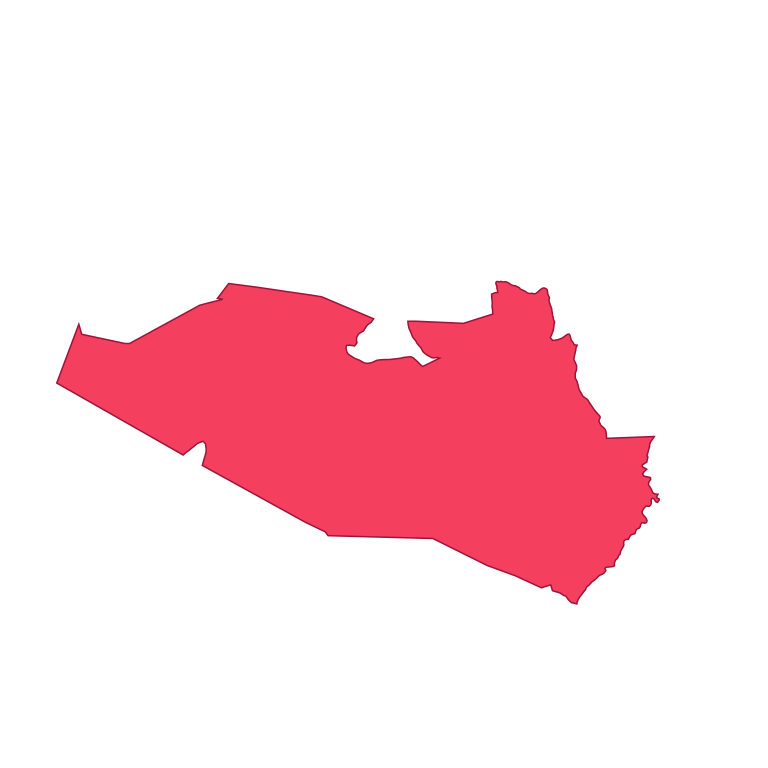 Santa Lucía Monteverde, Oaxaca, Mexico (orthographic projection), rotated 28°
{"feature_id": "50627088B70845005155538", "entity_name": "Santa Lucía Monteverde", "entity_type": "district", "adm_level": 2, "iso_a3": "MEX", "parent_name": "Mexico", "parent_adm1": "Oaxaca", "projection": "orthographic", "projection_center": [-97.707, 16.955], "detail": "fine", "context": "isolated", "style": "filled", "palette": "rose", "viewbox_px": 768, "rotation_deg": 28, "n_neighbors": 0, "source": "geoboundaries", "source_scale": "gbopen_adm2", "svg_char_len": 5195}
<svg xmlns="http://www.w3.org/2000/svg" viewBox="0 0 768 768"><g transform="rotate(28 384 384)"><path d="M677.7,352.7L675.5,353.7L673.7,354.0L672.2,353.7L670.8,352.6L669.9,351.8L668.3,350.7L666.9,349.9L664.9,349.0L663.9,346.5L664.2,342.9L663.2,341.6L661.8,341.8L658.3,343.0L656.3,343.2L654.7,342.1L654.7,339.7L655.3,338.1L656.0,335.9L651.7,335.8L650.6,335.5L650.3,334.8L650.1,333.9L650.8,332.8L651.6,331.4L652.7,329.7L651.9,326.8L651.3,324.6L649.9,323.9L649.5,322.6L649.2,320.5L648.8,319.3L648.6,317.9L648.3,316.9L648.0,315.0L647.1,313.1L646.8,311.7L646.6,309.7L647.0,306.7L647.2,305.4L647.3,303.5L606.0,327.5L604.0,324.2L602.2,321.6L600.2,320.1L598.1,319.4L596.6,319.1L594.7,318.6L592.8,317.1L591.1,315.8L590.9,314.6L590.7,313.0L590.5,312.0L589.8,311.1L583.6,308.9L580.5,307.4L576.4,305.2L573.6,303.7L570.9,302.1L568.5,301.9L565.2,301.4L562.3,299.4L558.9,297.4L555.7,293.7L553.0,290.9L550.1,289.0L547.7,284.5L547.4,281.3L545.6,277.6L542.5,275.0L540.1,273.3L538.8,269.1L537.5,264.4L536.6,262.0L536.3,259.0L533.7,260.1L531.2,258.5L528.6,257.3L525.7,254.1L524.4,253.1L524.0,253.1L523.6,253.3L522.6,254.1L519.7,259.9L516.8,263.2L512.5,266.4L509.0,264.9L508.8,261.2L508.3,257.3L507.5,254.8L507.2,254.1L506.0,251.0L505.8,250.0L505.1,248.8L503.9,248.0L502.9,246.9L502.2,245.7L501.1,244.9L500.2,243.6L499.2,242.2L498.3,241.1L497.4,239.9L496.6,238.7L495.4,237.6L494.4,236.7L493.2,235.8L492.4,234.7L491.3,234.0L490.6,232.8L489.9,231.6L489.6,230.1L488.5,229.3L487.2,228.4L486.2,227.4L485.4,226.2L484.4,225.0L483.6,224.0L482.1,223.8L480.7,223.9L479.3,224.6L478.5,226.0L477.8,227.1L477.2,228.6L476.8,230.1L476.1,231.6L475.4,233.1L474.2,233.9L472.7,234.2L471.5,234.8L470.2,235.6L468.8,236.2L467.2,236.2L465.7,235.9L464.2,235.9L462.7,236.0L461.2,236.1L459.7,236.1L458.4,235.5L456.8,235.5L455.4,235.6L453.8,235.6L452.6,236.1L451.0,236.5L449.7,236.8L448.3,236.5L446.8,236.3L445.1,236.3L443.5,236.5L442.0,237.5L440.6,238.2L439.0,238.5L437.9,239.7L436.5,240.0L435.3,240.7L435.2,242.1L436.0,243.2L437.1,244.2L438.1,245.2L438.8,246.6L439.8,247.6L440.8,248.8L441.5,249.9L440.1,250.5L439.0,251.5L436.8,254.1L437.6,255.5L439.6,258.7L441.5,261.5L443.0,264.9L445.0,267.5L447.2,271.2L425.6,293.2L410.6,300.3L382.5,313.7L375.6,317.4L377.6,320.4L379.8,323.0L384.1,326.4L387.3,329.1L391.5,330.9L394.6,332.9L397.5,333.9L399.9,334.9L403.2,337.2L405.9,337.9L408.8,338.3L411.4,338.3L414.0,338.3L416.2,337.3L418.2,335.8L421.0,335.0L409.9,350.4L407.0,349.8L403.0,348.5L397.2,347.1L394.7,347.4L391.5,349.6L389.0,351.2L386.6,353.4L383.9,355.3L379.8,358.1L377.5,359.7L372.6,362.4L369.5,364.3L368.1,365.3L366.5,366.5L363.2,370.8L360.0,373.4L356.9,374.6L353.8,374.6L351.1,374.5L346.3,375.1L340.6,374.7L338.1,374.3L336.0,373.0L333.4,369.9L332.8,367.5L335.5,365.8L340.2,364.2L340.8,360.3L339.0,358.0L338.0,355.6L337.9,352.3L338.9,350.1L341.0,346.8L341.1,344.1L341.6,339.9L343.6,335.7L344.3,331.3L290.6,336.0L287.9,336.3L278.2,339.6L251.8,349.1L225.7,358.4L199.7,368.2L196.7,386.6L202.0,384.8L201.8,384.9L200.1,386.5L199.6,387.0L199.0,387.6L198.5,388.0L197.9,388.5L197.2,389.2L196.6,389.7L195.7,390.5L195.0,391.1L194.3,391.8L193.4,392.7L192.8,393.1L192.3,393.6L191.5,394.3L190.6,395.1L187.9,397.6L185.9,399.5L184.5,400.8L184.0,401.4L180.2,407.2L178.5,409.8L177.2,411.7L175.1,414.9L173.9,416.8L172.2,419.3L171.0,421.2L168.4,425.1L166.4,428.1L164.9,430.4L164.4,431.1L163.5,432.5L162.5,434.1L161.7,435.2L160.7,436.8L160.0,437.8L159.4,438.7L158.5,440.2L157.5,441.6L156.3,443.4L155.4,444.8L154.5,446.1L153.6,447.6L152.4,449.4L150.9,451.7L149.6,453.6L148.5,455.3L147.9,456.3L147.6,456.7L147.0,457.6L146.2,458.8L145.0,460.6L140.3,467.7L136.1,469.9L93.8,482.0L86.5,474.5L94.6,536.8L105.7,537.1L240.0,541.0L241.5,537.0L242.9,534.3L244.1,531.3L245.3,528.7L247.0,524.5L248.8,522.0L251.2,519.5L254.4,520.6L257.5,524.8L258.8,527.6L259.6,530.6L260.4,535.0L261.8,541.2L379.5,543.0L401.6,542.1L405.8,544.2L499.6,497.5L560.2,495.8L589.9,491.7L618.7,490.0L625.5,483.1L629.8,487.4L637.2,485.9L642.2,486.3L644.1,485.9L648.1,487.9L652.1,489.1L656.5,487.8L657.5,487.7L657.2,486.8L657.0,485.9L656.7,483.8L656.6,482.1L656.7,480.5L657.1,478.3L657.9,473.8L658.2,471.9L658.5,471.1L658.4,470.3L658.2,469.2L658.3,468.4L658.4,467.5L658.9,466.6L659.3,465.8L659.5,464.9L659.8,463.9L660.1,463.0L660.3,461.8L660.9,460.2L661.8,458.6L662.9,455.8L663.2,455.1L663.5,453.4L663.8,452.8L664.2,451.7L665.7,449.9L666.2,449.2L667.1,447.5L667.3,445.8L667.4,445.0L667.3,444.2L665.9,443.5L665.7,443.0L665.9,442.2L666.0,441.9L667.0,440.9L668.5,440.0L671.2,438.2L672.2,437.4L672.8,436.3L671.4,433.8L671.1,430.5L671.9,428.7L672.0,426.5L671.7,425.5L672.3,423.5L671.9,422.1L671.4,420.1L671.5,417.0L671.6,414.8L671.3,413.4L670.3,412.0L669.6,410.0L670.3,408.1L671.4,407.1L672.7,406.4L672.6,403.2L673.1,401.0L675.8,398.3L675.1,394.7L675.6,393.0L676.9,391.6L677.2,389.8L676.5,387.2L677.0,385.3L678.1,384.8L679.6,384.5L680.8,383.0L680.4,381.2L679.2,380.0L677.1,378.8L675.2,378.2L673.7,377.6L672.7,376.8L671.7,375.6L671.8,372.6L672.0,370.6L672.7,368.8L675.6,367.4L676.2,365.8L676.1,363.9L674.8,361.8L674.1,360.3L674.7,358.8L676.5,358.7L678.3,359.8L679.4,360.4L681.1,360.1L681.5,357.5L680.9,356.3L679.1,356.5L677.7,355.8L677.7,352.7Z" fill="#f43f5e" stroke="#9f1239" stroke-width="1.5"/></g></svg>